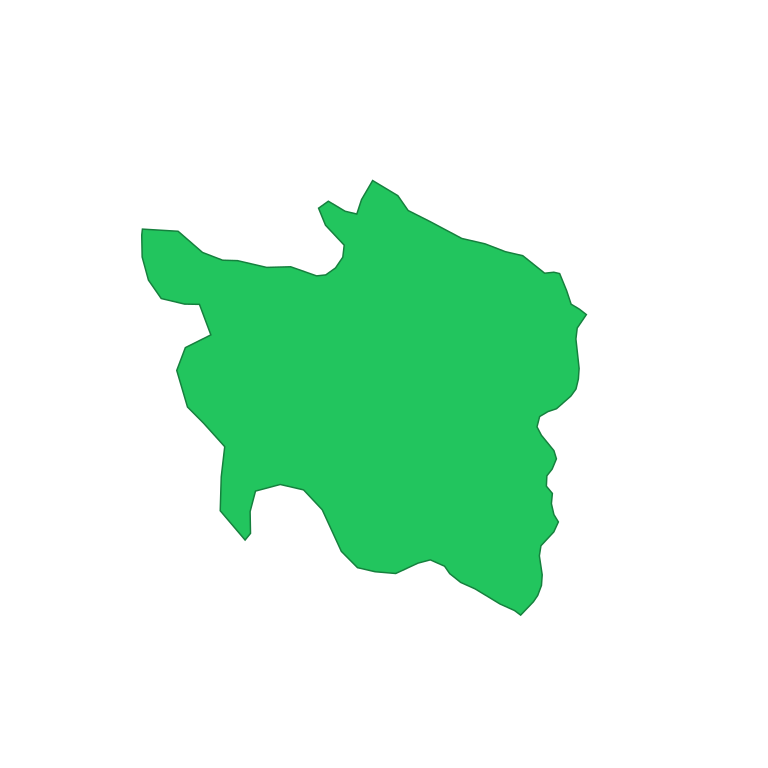 Nyongbyon, P'yŏngan-bukto, North Korea (Equal Earth projection), rotated 324°
{"feature_id": "82179303B72509498170942", "entity_name": "Nyongbyon", "entity_type": "district", "adm_level": 2, "iso_a3": "PRK", "parent_name": "North Korea", "parent_adm1": "P'yŏngan-bukto", "projection": "equal_earth", "projection_center": [125.784, 39.823], "detail": "fine", "context": "isolated", "style": "filled", "palette": "green", "viewbox_px": 768, "rotation_deg": 324, "n_neighbors": 0, "source": "geoboundaries", "source_scale": "gbopen_adm2", "svg_char_len": 1383}
<svg xmlns="http://www.w3.org/2000/svg" viewBox="0 0 768 768"><g transform="rotate(324 384 384)"><path d="M460.5,555.6L461.8,554.0L470.0,551.7L479.5,545.9L482.3,537.8L481.2,518.0L482.6,508.6L490.8,501.8L500.4,502.7L509.0,505.4L528.1,503.6L536.4,500.9L544.2,494.2L551.0,486.1L565.7,460.4L573.2,452.3L588.5,446.8L586.1,438.4L582.3,429.4L586.6,415.9L591.0,397.9L587.1,393.4L579.1,388.8L575.4,375.3L571.7,361.8L559.9,348.2L548.2,330.1L532.5,312.0L517.1,280.4L505.5,257.8L505.9,239.8L494.4,212.7L490.4,214.5L474.2,221.6L461.9,230.5L454.1,221.4L446.4,203.4L434.4,203.3L430.0,221.2L433.4,248.3L425.2,257.2L413.0,261.6L401.0,261.5L393.0,256.9L377.4,234.3L357.6,220.7L338.0,198.1L326.2,189.0L314.5,170.9L307.2,139.4L279.6,116.7L278.3,118.1L275.5,121.2L263.0,139.1L254.5,161.5L254.0,183.9L269.6,202.1L281.5,211.1L272.8,242.5L244.7,237.8L224.3,251.2L211.5,287.1L215.0,309.6L218.3,341.1L197.7,363.5L177.0,390.3L179.9,428.6L188.2,426.4L200.7,408.5L217.1,395.1L241.0,404.3L256.7,422.4L260.1,449.5L255.6,471.9L251.1,494.4L254.6,517.0L266.4,530.6L282.1,544.2L306.2,548.9L318.1,553.5L325.9,567.0L325.7,576.1L329.4,589.6L337.2,603.2L341.0,612.2L348.6,630.3L356.4,643.9L358.7,651.3L376.9,648.0L384.1,645.4L393.0,639.5L399.8,631.4L408.7,614.3L415.9,607.1L434.4,603.5L444.0,598.1L444.7,589.5L449.1,579.2L455.9,571.5L455.3,562.1L460.5,555.6Z" fill="#22c55e" stroke="#15803d" stroke-width="1.5"/></g></svg>